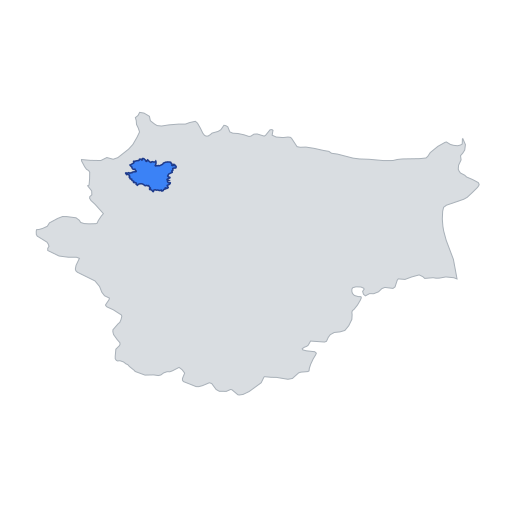 Rechytsa, Gomel, Belarus (highlighted), rotated 182°
{"feature_id": "67162791B36955231142498", "entity_name": "Rechytsa", "entity_type": "district", "adm_level": 2, "iso_a3": "BLR", "parent_name": "Belarus", "parent_adm1": "Gomel", "projection": "equal_earth", "projection_center": [30.22, 52.327], "detail": "fine", "context": "in_parent", "style": "filled", "palette": "blue", "viewbox_px": 512, "rotation_deg": 182, "n_neighbors": 0, "source": "geoboundaries", "source_scale": "gbopen_adm2", "svg_char_len": 9446}
<svg xmlns="http://www.w3.org/2000/svg" viewBox="0 0 512 512"><g transform="rotate(182 256 256)"><path d="M433.8,346.3L425.0,345.8L414.4,346.0L408.5,349.2L402.1,347.7L397.5,349.5L387.1,358.3L383.0,363.1L379.1,370.4L376.7,375.9L378.1,379.7L380.0,383.3L380.4,387.1L381.4,390.1L378.8,392.3L377.3,395.5L372.9,394.9L367.4,391.9L366.3,387.5L362.1,384.4L359.4,382.9L354.9,382.6L347.6,384.0L338.1,385.1L331.0,385.4L327.1,387.0L321.3,388.5L319.1,386.7L316.0,381.7L313.4,376.8L311.6,374.7L310.0,374.1L308.1,374.2L305.9,375.7L304.2,377.3L298.2,379.2L295.5,381.0L292.6,385.5L290.7,385.2L288.7,384.1L286.5,379.1L283.4,377.9L278.4,377.8L272.2,376.7L267.2,375.2L265.3,375.6L262.3,377.7L259.1,378.0L252.0,376.1L250.6,377.0L246.4,382.6L244.5,382.9L243.4,382.2L244.1,377.3L240.0,375.6L233.1,375.3L228.2,376.0L225.8,375.8L224.6,374.9L218.8,366.7L215.6,366.2L209.9,366.6L201.6,365.6L192.0,363.8L186.8,363.1L184.1,361.3L178.2,360.7L162.4,357.2L155.9,356.6L146.3,356.6L131.8,355.8L122.4,356.2L118.1,357.4L113.1,358.1L95.8,359.0L89.5,359.9L87.7,361.7L85.5,365.4L78.1,371.9L71.0,376.2L69.7,376.6L65.7,374.3L62.4,373.5L58.4,373.2L55.6,374.0L53.8,375.1L53.8,380.1L53.4,380.5L50.6,374.6L51.1,369.2L52.9,366.1L55.1,363.4L54.4,359.2L56.7,353.8L56.9,349.8L56.1,348.1L54.6,346.1L50.2,344.0L48.3,342.3L42.3,340.0L36.4,337.1L35.5,335.4L35.8,334.2L36.9,332.4L41.8,327.2L47.0,322.0L50.3,320.0L67.5,313.4L70.2,311.2L71.0,307.3L71.1,299.5L70.3,292.4L69.3,287.5L66.5,278.4L58.6,259.5L54.3,240.1L57.6,241.2L65.6,241.7L72.0,240.3L75.3,240.1L78.2,240.5L86.6,239.5L88.6,241.2L92.3,242.8L99.7,240.5L106.3,237.8L113.0,238.1L114.0,236.8L116.0,229.9L118.0,228.4L126.1,229.1L129.1,227.8L132.3,224.5L137.1,222.4L141.1,222.4L145.3,220.0L147.3,221.6L148.2,224.4L146.7,226.7L147.3,227.6L150.1,228.7L155.0,228.7L158.2,227.7L159.0,226.4L159.0,224.1L158.3,221.9L156.3,220.0L152.4,219.0L149.7,219.0L149.3,217.8L150.3,215.3L152.9,210.5L156.0,206.3L157.8,204.7L158.2,203.2L157.9,200.6L158.0,196.0L160.9,189.5L164.6,184.7L169.4,183.1L175.2,182.3L179.0,180.0L180.9,177.3L182.6,173.2L184.5,172.4L198.5,172.9L200.7,168.7L202.0,167.6L204.7,166.4L206.6,164.9L205.9,163.8L202.4,163.0L194.0,162.4L192.3,161.0L192.9,159.4L195.3,155.1L197.6,149.7L198.8,145.5L199.0,143.0L200.2,142.3L207.0,141.5L209.3,140.7L215.3,134.9L219.8,133.9L231.3,135.4L236.6,135.3L243.3,135.7L243.9,135.1L246.4,129.5L258.0,120.4L264.1,117.2L268.0,116.5L269.3,116.7L275.4,121.5L276.8,121.7L280.9,119.7L287.9,119.5L291.2,121.2L295.8,127.0L298.2,127.7L305.1,124.5L308.9,123.4L311.3,123.4L324.2,128.0L325.2,129.4L325.2,131.1L323.2,136.5L325.9,139.8L329.0,142.0L335.6,138.3L338.1,137.3L340.8,137.3L344.3,135.9L346.9,133.8L349.4,133.1L354.2,133.6L362.8,133.1L372.8,136.4L373.6,137.4L378.6,141.1L380.4,143.0L382.1,143.6L384.7,145.5L388.3,146.6L390.8,146.3L392.0,146.9L393.1,148.4L393.2,150.9L392.8,158.0L389.3,161.7L388.8,163.0L389.0,164.6L391.9,167.7L395.6,172.5L396.4,175.3L396.4,177.3L391.4,183.5L389.8,184.9L388.6,188.0L388.0,191.1L388.4,192.3L396.8,197.3L403.1,199.9L404.5,201.2L404.6,202.0L401.3,207.3L401.0,208.8L406.0,211.0L408.8,214.4L411.3,220.1L416.1,225.5L433.9,233.5L435.5,234.9L436.1,236.6L435.5,240.4L432.4,247.5L435.4,248.5L443.3,248.2L452.8,249.1L464.3,254.2L464.4,256.4L463.2,258.5L464.1,260.7L465.3,262.5L475.3,268.2L476.3,269.8L476.5,272.6L476.3,274.6L473.6,275.0L470.5,276.0L465.6,278.4L463.6,281.9L455.6,286.6L450.7,288.7L446.7,288.8L437.2,287.9L433.8,285.5L432.4,283.4L428.8,282.4L423.9,282.3L417.3,282.7L415.9,283.3L414.8,286.0L412.0,290.5L410.0,293.0L418.6,302.0L422.9,305.7L424.3,307.9L424.2,309.5L422.2,311.4L422.5,315.3L426.7,320.3L425.3,321.1L425.0,327.3L425.1,333.9L426.2,335.5L428.5,336.8L430.4,339.3L433.6,344.8L433.8,346.3Z" fill="#d9dde1" stroke="#a8b0b8" stroke-width="1"/><path d="M351.2,318.0L350.9,318.5L350.8,318.9L350.6,319.2L350.0,319.4L349.6,319.5L349.3,319.6L348.9,319.9L349.0,320.4L349.2,320.7L349.0,320.9L348.5,320.9L348.1,320.8L348.0,320.4L347.8,320.3L347.5,320.4L347.0,320.6L346.7,320.8L346.3,321.1L346.1,321.3L346.2,321.6L346.5,321.8L346.7,322.0L346.7,322.4L346.9,322.8L347.2,323.3L347.2,323.5L346.9,323.7L346.5,323.8L346.1,324.0L345.8,324.1L345.6,324.3L345.4,324.4L345.1,324.6L344.8,324.8L344.5,325.2L344.3,325.5L344.2,326.2L344.7,326.5L345.2,326.4L345.5,326.2L345.8,326.1L346.1,326.2L346.4,326.4L346.6,326.6L347.0,327.0L347.1,327.4L347.0,327.7L346.8,327.9L346.6,328.1L346.4,328.3L345.9,328.5L346.2,328.6L346.5,328.7L347.0,328.7L347.3,328.8L347.6,329.0L347.6,329.3L347.5,329.6L346.9,330.0L346.4,330.3L345.7,330.6L345.3,330.8L345.0,331.0L344.7,331.2L344.8,331.6L345.2,331.8L345.5,331.8L346.3,332.0L346.5,332.3L346.7,332.5L347.1,332.7L347.1,333.0L346.8,333.5L346.6,333.6L346.5,334.0L346.4,334.4L346.2,334.7L345.7,335.1L345.3,335.3L344.9,335.5L344.6,335.7L344.1,335.9L343.7,336.1L343.3,336.3L342.9,336.5L342.6,336.7L342.6,337.0L342.8,337.3L343.1,337.7L343.2,338.0L342.6,338.4L342.2,338.6L342.0,338.9L342.0,339.2L342.1,339.5L342.3,339.8L342.3,340.2L342.3,340.6L341.8,340.7L341.5,340.9L341.0,341.0L340.6,341.1L340.1,341.0L339.7,341.1L339.3,341.2L339.1,341.4L339.0,341.8L338.9,342.1L338.9,342.5L339.0,342.8L339.2,343.1L339.5,343.3L339.8,343.3L340.0,343.4L339.9,343.7L340.0,344.0L340.3,344.0L340.6,344.1L340.8,344.3L341.0,344.6L341.2,344.8L341.5,344.7L341.7,343.9L341.7,343.7L342.0,343.5L342.4,343.4L342.7,343.4L343.1,343.5L343.3,343.7L343.2,343.9L343.1,344.2L343.1,344.4L343.1,344.7L343.2,344.9L343.5,345.1L343.5,345.3L343.5,345.5L344.0,345.9L344.3,346.0L344.4,346.3L344.5,346.7L344.7,346.8L345.2,346.8L345.7,346.9L346.2,346.9L346.8,346.9L347.4,346.9L347.9,346.9L348.0,346.8L348.2,346.7L348.7,346.7L349.3,346.7L349.6,346.6L349.8,346.5L350.1,346.4L350.3,346.3L350.6,346.1L351.0,345.9L351.5,345.8L351.8,345.6L352.0,345.2L352.3,344.8L352.5,344.5L353.1,344.1L353.9,343.7L354.8,343.2L355.5,342.9L355.8,342.8L356.0,342.8L356.3,342.8L356.7,343.0L356.9,343.1L357.0,343.0L357.2,342.9L357.3,342.8L357.5,342.7L357.8,342.7L358.3,342.7L358.5,342.7L358.8,342.7L359.1,342.6L359.3,342.5L359.6,342.5L359.8,342.7L359.9,342.9L359.7,343.1L359.5,343.4L359.5,343.5L359.5,343.9L359.3,344.3L359.2,345.1L359.2,346.3L359.3,346.8L359.4,347.2L359.5,347.4L359.9,346.8L360.1,346.7L360.3,346.5L360.6,346.4L361.0,346.4L361.3,346.4L361.8,346.4L362.0,346.5L362.3,346.5L362.9,346.7L363.3,346.5L363.7,346.4L363.9,346.1L364.0,345.9L364.6,345.8L364.8,345.9L365.0,346.1L365.2,346.3L365.6,346.5L365.9,346.7L366.4,347.1L366.7,347.6L367.1,347.9L367.7,348.3L367.9,347.9L368.1,347.7L368.2,347.3L368.3,347.0L368.6,346.7L368.9,346.7L369.2,346.8L369.4,347.2L369.4,347.6L369.7,347.8L370.2,348.3L370.6,348.6L371.0,348.9L371.3,349.3L371.6,349.4L372.1,349.5L372.7,349.5L372.9,349.2L373.0,348.9L373.0,348.5L373.0,348.1L373.3,348.0L373.6,347.9L373.9,348.2L373.9,348.4L374.0,348.7L374.3,348.8L374.8,348.7L375.1,348.7L375.5,348.8L375.9,348.6L376.0,348.4L375.9,348.2L376.0,347.8L376.3,347.5L376.9,347.2L377.6,347.2L378.5,347.0L379.0,346.9L379.5,346.8L379.8,346.6L380.2,346.5L380.5,346.3L380.8,346.4L381.0,346.5L381.3,346.5L381.5,346.5L381.7,346.3L381.7,346.1L381.6,345.9L381.5,345.7L381.3,345.4L381.3,345.1L381.4,344.8L381.7,344.5L382.0,344.4L382.5,344.0L383.3,343.6L384.0,343.1L384.6,342.7L385.1,342.5L384.7,341.9L384.1,341.4L383.8,341.0L383.1,340.6L383.1,339.9L382.5,339.0L382.3,338.7L381.7,338.4L381.3,338.3L381.0,338.3L380.6,338.5L380.2,338.6L379.9,338.5L379.9,338.1L379.7,337.7L379.3,337.4L378.7,336.8L378.7,336.3L379.1,336.0L380.0,336.0L380.9,335.8L381.4,335.8L382.4,335.5L382.7,335.4L382.9,334.8L383.7,334.8L384.0,334.8L384.5,334.5L384.9,334.2L385.2,334.4L385.4,334.6L385.6,334.7L386.1,334.9L386.4,334.8L386.7,334.7L387.1,334.4L387.6,334.3L388.1,334.3L388.4,334.4L388.7,334.6L388.9,334.6L389.2,334.3L389.1,334.0L388.7,333.6L388.5,333.2L388.2,332.8L387.9,332.9L387.6,333.0L386.9,333.0L386.3,332.8L385.6,332.4L385.3,332.2L385.3,331.8L385.4,331.4L385.4,331.2L385.2,330.9L385.0,330.7L385.4,330.4L385.4,330.2L385.1,329.9L384.9,329.6L384.6,329.4L384.5,329.2L384.5,328.9L384.3,328.6L383.7,328.5L383.4,328.5L382.9,328.5L382.8,328.2L382.8,327.7L382.7,327.4L382.4,327.0L382.0,326.9L381.8,326.8L381.3,326.6L380.8,326.4L380.7,326.3L380.7,326.0L380.9,325.8L381.0,325.3L380.7,325.1L380.4,325.0L380.1,325.0L379.8,325.1L379.5,325.2L378.9,325.1L378.4,324.9L378.1,324.6L378.3,324.4L378.3,324.0L378.4,323.7L378.0,323.4L377.8,323.2L377.4,322.9L377.1,322.5L376.8,322.7L376.7,322.9L376.3,323.3L376.1,323.5L375.8,323.7L375.2,323.9L374.8,324.0L374.4,324.2L374.2,324.2L373.7,324.1L373.4,324.1L373.0,324.2L372.5,324.2L372.2,324.1L371.7,323.9L371.3,323.7L371.1,323.6L370.7,323.3L370.3,323.1L369.8,322.7L369.6,322.5L369.1,322.4L368.7,322.4L368.5,322.6L368.2,322.8L367.6,322.7L367.4,322.6L367.1,322.4L366.8,322.4L366.5,322.5L366.2,322.7L365.7,322.5L365.6,322.3L365.5,322.0L365.2,321.8L365.0,321.4L364.8,321.1L364.5,320.8L364.2,320.6L364.0,320.4L363.8,320.1L363.9,319.8L364.3,319.6L364.6,319.5L364.8,319.4L364.8,319.2L364.6,318.9L364.5,318.7L364.0,318.7L363.6,318.6L363.3,318.5L362.8,318.3L362.5,318.1L362.2,317.9L362.0,317.7L361.9,317.6L361.7,317.2L361.3,316.8L361.0,316.7L360.8,316.8L360.7,317.0L360.5,317.7L360.5,318.0L360.4,318.2L360.1,318.4L359.7,318.5L359.1,318.7L358.7,318.6L358.1,318.3L357.9,318.3L357.5,318.4L357.3,318.4L356.9,318.5L356.6,318.5L356.3,318.5L356.0,318.4L355.7,318.3L355.5,318.2L355.2,318.1L354.8,318.0L354.7,318.1L354.3,318.3L354.1,318.4L353.7,318.3L353.6,318.2L353.4,318.1L353.2,318.2L353.0,318.3L352.9,318.4L352.8,318.2L352.7,317.8L352.5,317.6L352.2,317.6L351.9,317.9L351.6,317.9L351.2,318.0Z" fill="#3b82f6" stroke="#1e3a8a" stroke-width="1.5"/></g></svg>